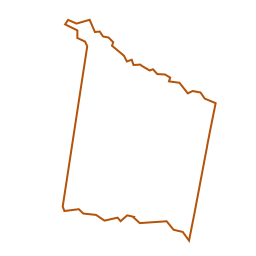 outline of East Feliciana, Louisiana, United States of America, rotated 101°
{"feature_id": "52423323B7824405482289", "entity_name": "East Feliciana", "entity_type": "district", "adm_level": 2, "iso_a3": "USA", "parent_name": "United States of America", "parent_adm1": "Louisiana", "projection": "mercator", "projection_center": [-91.101, 30.825], "detail": "fine", "context": "isolated", "style": "outline", "palette": "amber", "viewbox_px": 256, "rotation_deg": 101, "n_neighbors": 0, "source": "geoboundaries", "source_scale": "gbopen_adm2", "svg_char_len": 785}
<svg xmlns="http://www.w3.org/2000/svg" viewBox="0 0 256 256"><g transform="rotate(101 128 128)"><path d="M86.9,46.7L84.5,58.3L79.3,63.6L79.4,71.7L82.6,75.9L73.8,86.1L74.4,96.7L70.5,96.2L68.4,101.9L69.5,109.5L65.6,114.7L67.4,117.7L64.3,126.5L63.4,128.0L65.1,134.6L60.3,137.4L62.9,141.8L57.8,145.8L50.3,159.4L46.6,158.9L42.9,164.3L42.9,170.0L38.7,174.2L40.1,178.8L29.1,186.3L35.3,198.4L33.3,207.4L38.3,209.5L41.9,196.3L49.3,194.9L51.4,186.6L55.6,183.6L135.9,180.4L217.6,177.1L221.6,174.6L217.1,160.8L220.5,155.6L219.4,142.8L223.4,133.4L218.0,121.1L220.9,117.5L213.9,112.1L214.1,105.5L214.5,105.8L219.1,98.3L212.2,72.3L219.2,63.8L219.6,54.4L226.9,46.6L199.4,46.5L140.4,46.8L133.2,46.8L130.0,46.9L125.0,46.9L114.1,46.9L86.9,46.7Z" fill="none" stroke="#b45309" stroke-width="2"/></g></svg>